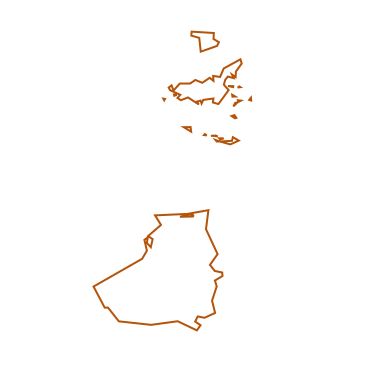 outline of Aceh Singkil, Aceh, Indonesia, rotated 120°
{"feature_id": "22746128B17710719872214", "entity_name": "Aceh Singkil", "entity_type": "district", "adm_level": 2, "iso_a3": "IDN", "parent_name": "Indonesia", "parent_adm1": "Aceh", "projection": "mercator", "projection_center": [97.426, 2.307], "detail": "medium", "context": "isolated", "style": "outline", "palette": "amber", "viewbox_px": 384, "rotation_deg": 120, "n_neighbors": 0, "source": "geoboundaries", "source_scale": "gbopen_adm2", "svg_char_len": 1931}
<svg xmlns="http://www.w3.org/2000/svg" viewBox="0 0 384 384"><g transform="rotate(120 192 192)"><path d="M199.5,168.7L213.9,185.8L211.3,180.1L211.8,179.0L212.0,178.9L212.8,179.0L219.5,190.0L213.3,183.4L214.1,186.3L230.7,212.3L236.0,202.4L252.1,208.0L252.5,202.5L260.4,200.1L258.7,205.6L253.4,207.6L257.2,209.3L265.4,201.7L274.8,201.8L323.1,230.0L335.8,209.8L334.1,207.0L340.6,190.7L327.5,161.0L311.1,139.8L309.4,118.6L303.1,118.0L302.6,124.5L296.9,124.8L294.7,118.3L285.2,111.5L276.1,120.3L261.4,123.4L257.2,127.9L249.5,123.6L246.6,125.6L249.0,132.8L246.2,140.0L233.0,138.8L217.2,161.3L199.5,168.7ZM70.7,211.7L65.7,214.2L55.9,213.2L52.9,216.4L69.1,226.3L78.3,225.2L80.9,231.7L85.0,229.0L84.3,233.8L92.3,237.7L93.3,245.1L99.0,247.9L104.2,256.8L113.4,258.7L109.9,263.0L113.2,264.4L114.8,261.8L113.7,250.7L117.8,251.6L118.1,247.6L112.1,242.7L112.8,229.9L111.3,233.0L108.6,230.3L110.6,227.9L106.6,228.3L100.3,220.2L104.0,218.7L102.6,213.1L85.5,211.2L83.1,218.1L78.2,219.3L74.1,218.7L72.6,212.9L70.3,216.1L70.7,211.7ZM52.9,243.3L48.8,243.6L48.7,249.9L43.4,252.6L53.3,272.5L56.9,270.8L54.9,262.8L66.1,254.6L52.9,243.3ZM124.1,177.2L124.1,184.0L127.7,183.0L134.3,193.1L131.6,182.6L124.1,177.2ZM140.0,231.6L140.2,222.9L136.5,225.7L140.0,231.6ZM93.1,199.1L97.2,199.0L91.9,197.5L93.1,199.1ZM82.2,213.8L80.6,208.8L79.7,209.2L82.2,213.8ZM106.4,195.7L106.7,191.7L105.6,190.7L104.2,193.7L106.4,195.7ZM89.6,198.2L91.2,197.1L88.4,195.3L89.6,198.2ZM132.4,194.1L129.7,191.3L131.9,195.3L132.4,194.1ZM117.5,255.5L115.5,253.7L116.6,256.3L117.5,255.5ZM87.7,205.8L89.2,204.6L87.7,202.3L87.7,205.8ZM76.9,203.8L78.7,204.7L77.0,202.5L76.9,203.8ZM136.7,210.1L135.6,207.5L135.4,209.9L136.7,210.1ZM125.5,263.5L126.5,261.9L124.9,261.9L125.5,263.5ZM80.9,188.1L83.6,188.5L83.2,186.5L80.9,188.1ZM133.9,203.7L132.3,200.8L131.0,197.5L131.3,199.8L133.9,203.7ZM135.2,197.7L135.9,195.8L134.4,193.3L135.2,197.7Z" fill="none" stroke="#b45309" stroke-width="2"/></g></svg>